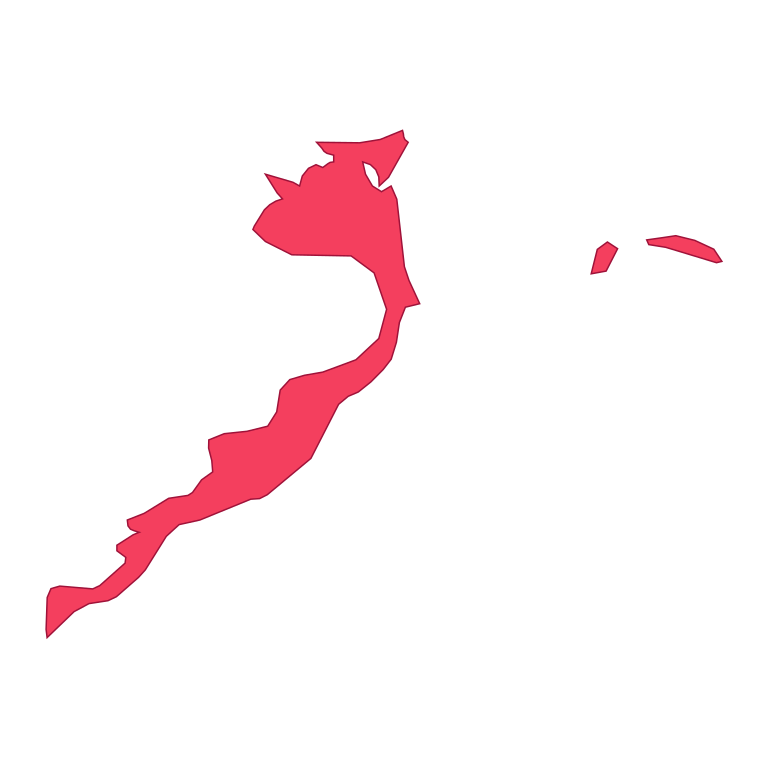 SVG path tracing the border of Acklins
{"feature_id": "BHS-5036", "entity_name": "Acklins", "entity_type": "District", "adm_level": 1, "iso_a3": "BHS", "parent_name": "The Bahamas", "parent_adm1": "", "projection": "orthographic", "projection_center": [-73.948, 22.452], "detail": "fine", "context": "isolated", "style": "filled", "palette": "rose", "viewbox_px": 768, "rotation_deg": 0, "n_neighbors": 0, "source": "natural_earth", "source_scale": "10m", "svg_char_len": 1613}
<svg xmlns="http://www.w3.org/2000/svg" viewBox="0 0 768 768"><path d="M282.5,198.9L277.2,193.0L265.4,174.2L293.0,182.3L299.6,186.0L302.3,176.0L308.5,168.3L316.0,164.7L322.8,167.5L327.9,163.7L330.1,162.4L333.7,161.9L333.7,155.2L326.9,153.3L324.0,151.3L321.8,148.1L316.6,142.3L359.6,142.8L380.2,139.5L402.5,130.4L403.4,133.9L403.7,136.8L404.9,139.6L408.2,142.3L388.5,177.3L379.2,186.0L378.8,176.9L375.8,169.7L370.4,164.6L362.7,161.9L365.5,174.2L372.4,186.0L381.5,191.7L391.1,186.0L396.8,199.2L404.4,266.7L409.0,280.5L419.7,303.7L405.4,307.2L399.4,322.5L396.4,342.3L391.2,359.2L383.1,369.6L371.0,381.8L358.3,392.0L348.2,396.3L338.6,404.3L310.9,458.4L267.3,494.7L259.6,498.6L250.7,499.2L199.9,520.0L179.1,524.6L166.3,536.3L145.3,569.9L138.6,577.3L116.4,596.7L108.0,600.7L89.0,603.6L74.1,611.6L47.1,637.6L46.1,629.4L47.2,597.5L51.0,588.6L59.8,586.1L92.7,588.9L99.8,585.6L125.1,563.1L125.8,557.4L116.9,550.8L116.9,545.2L133.3,534.7L139.2,532.3L134.3,530.8L130.5,529.2L128.0,525.9L127.3,520.0L144.1,513.4L168.7,498.3L188.0,495.4L192.5,492.5L201.6,479.8L212.7,471.9L211.8,460.6L208.6,448.1L208.8,439.9L224.2,433.7L247.0,431.3L267.7,426.2L276.7,411.9L280.2,390.1L289.8,379.6L304.4,375.3L322.8,372.1L355.9,359.8L378.8,338.5L386.6,309.3L374.1,272.9L351.1,255.9L291.8,254.8L265.4,241.5L252.9,229.5L254.3,226.1L264.4,209.8L269.9,204.6L275.9,201.1L282.5,198.9ZM721.9,261.4L716.5,262.7L681.3,252.0L665.7,247.3L648.8,244.6L646.7,239.9L661.6,237.8L675.8,235.7L694.8,240.4L713.8,249.2L721.9,261.4ZM597.3,249.4L607.4,242.0L617.6,248.7L606.1,271.1L591.2,273.8L597.3,249.4Z" fill="#f43f5e" stroke="#9f1239" stroke-width="1.5"/></svg>